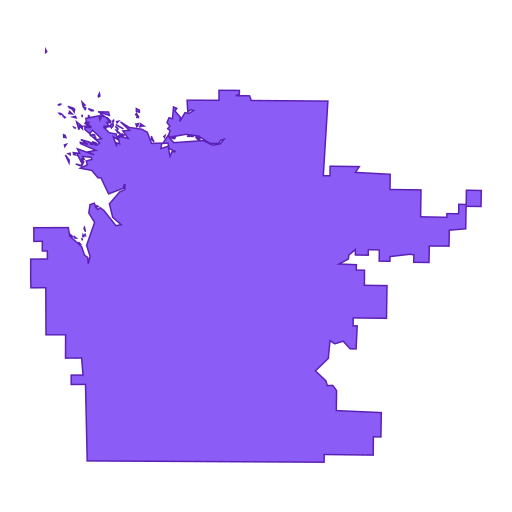 Derby-West Kimberley, Western Australia, Australia (Albers equal-area conic projection)
{"feature_id": "25037944B76695994650709", "entity_name": "Derby-West Kimberley", "entity_type": "district", "adm_level": 2, "iso_a3": "AUS", "parent_name": "Australia", "parent_adm1": "Western Australia", "projection": "albers", "projection_center": [123.97, -17.504], "detail": "fine", "context": "isolated", "style": "filled", "palette": "violet", "viewbox_px": 512, "rotation_deg": 0, "n_neighbors": 0, "source": "geoboundaries", "source_scale": "gbopen_adm2", "svg_char_len": 5933}
<svg xmlns="http://www.w3.org/2000/svg" viewBox="0 0 512 512"><path d="M87.2,460.9L324.1,462.2L324.2,454.5L373.2,455.1L373.4,436.8L380.9,436.9L381.3,412.6L336.3,410.6L336.6,390.7L332.7,385.4L327.3,385.6L325.9,380.8L315.4,370.9L328.3,358.4L330.0,340.7L334.8,343.8L343.2,341.2L350.1,348.8L356.1,348.9L357.2,325.9L353.1,325.9L353.2,317.9L386.5,318.3L387.0,285.6L364.4,285.3L364.5,270.2L356.3,270.1L356.4,264.7L339.1,264.0L348.4,259.0L348.8,255.1L355.3,249.6L355.4,255.0L368.3,255.2L368.3,249.7L379.3,249.9L379.2,261.1L389.9,261.3L390.0,256.6L409.5,254.3L413.9,254.8L413.7,262.3L429.0,262.5L429.3,246.0L449.0,246.1L449.3,230.2L465.7,228.8L466.1,206.3L481.0,206.5L481.3,190.5L466.4,190.2L466.2,204.5L458.8,204.3L458.6,213.8L446.9,213.6L446.8,217.3L420.6,216.8L421.0,189.9L390.0,189.5L390.2,174.3L355.4,172.4L359.3,166.6L330.1,166.2L330.0,175.8L323.3,175.7L327.9,101.1L251.2,100.5L249.6,95.8L235.6,95.7L239.3,94.3L239.4,90.4L219.0,90.3L219.0,100.3L187.1,100.2L187.8,112.0L190.7,109.6L193.6,110.5L188.9,113.5L185.0,112.6L179.8,121.5L180.4,117.3L174.9,110.9L176.8,108.4L173.5,107.0L172.5,118.7L169.0,117.8L167.0,122.6L169.9,126.1L167.6,128.7L170.1,130.6L168.5,135.2L170.2,137.1L186.0,134.3L198.1,135.9L210.1,143.4L218.6,143.4L220.6,140.3L224.0,139.3L220.2,143.9L212.6,145.2L203.2,140.6L173.9,142.7L167.8,135.9L162.8,143.5L167.9,143.1L169.3,148.7L175.8,151.7L172.0,151.7L170.0,156.3L168.1,146.2L161.0,148.6L161.6,143.1L151.5,143.4L147.3,132.2L141.8,129.2L129.4,127.5L120.5,121.9L129.5,130.3L122.9,130.9L128.2,138.4L123.7,137.3L118.0,131.6L121.3,136.6L118.2,135.6L120.5,137.7L118.0,136.7L119.6,143.8L116.3,142.8L116.7,146.3L113.3,136.8L117.2,139.2L116.2,134.0L109.3,132.8L103.8,127.4L104.0,126.3L107.4,126.2L108.0,127.3L108.0,125.3L109.4,127.4L106.8,122.5L111.1,122.9L109.3,121.8L106.7,117.8L100.0,113.5L102.6,116.4L100.0,116.1L101.1,117.5L99.9,119.9L99.1,115.8L85.9,118.3L86.3,122.0L90.0,122.6L86.2,122.6L91.5,127.3L87.5,125.6L89.8,127.5L84.9,127.4L84.9,129.5L89.7,133.6L92.5,130.2L101.4,138.7L96.2,139.8L95.7,137.7L92.8,137.1L99.5,143.0L96.4,145.3L92.8,143.9L92.0,144.6L90.7,144.2L89.7,142.1L80.8,139.6L88.1,144.4L80.3,142.3L80.5,143.6L95.9,150.3L88.2,151.8L94.2,154.9L77.4,148.8L79.7,153.4L72.5,152.5L76.9,153.7L81.2,161.9L81.8,158.7L84.2,159.3L82.6,156.4L91.4,157.4L91.8,159.4L86.3,161.0L87.3,164.8L80.3,168.2L91.7,170.4L98.0,177.8L101.0,177.9L108.6,193.9L123.7,188.1L123.8,185.1L125.0,184.7L124.7,189.7L119.8,191.8L109.4,203.8L112.7,217.3L121.1,224.7L115.9,225.7L103.9,210.5L100.3,207.8L97.9,209.5L95.9,207.5L94.3,203.2L90.0,204.6L88.8,213.0L94.6,222.4L86.6,245.3L90.1,256.6L88.2,263.7L87.8,257.5L84.5,255.1L81.6,246.6L69.7,236.1L68.3,227.6L33.8,227.7L33.9,241.4L42.3,241.3L42.3,251.0L47.3,251.0L47.4,259.0L30.7,259.1L30.7,278.2L30.9,287.8L45.8,287.7L46.0,334.8L65.6,334.8L65.5,358.1L81.6,358.0L83.0,375.1L71.2,375.1L71.2,384.5L85.5,384.4L87.2,460.9ZM98.0,111.8L109.4,115.4L108.5,112.0L98.0,111.8ZM76.6,121.9L78.9,129.7L79.7,126.0L83.1,127.1L76.6,121.9ZM65.4,155.0L69.0,162.7L69.2,160.1L65.4,155.0ZM75.7,164.0L81.5,166.2L83.3,163.1L80.9,165.4L75.7,164.0ZM119.3,126.7L123.5,128.9L115.8,124.5L119.3,126.7ZM136.4,111.4L139.4,112.2L139.4,110.2L136.3,108.6L136.4,111.4ZM154.0,141.9L152.3,138.5L151.4,136.1L151.6,139.5L154.0,141.9ZM82.9,106.3L85.6,110.2L84.9,108.2L86.3,108.3L82.9,106.3ZM84.0,228.4L85.5,231.7L84.5,227.4L84.0,228.4ZM111.4,128.0L113.2,125.8L113.2,124.2L112.7,123.3L110.1,125.5L111.4,128.0ZM139.8,126.8L140.7,126.7L140.7,126.1L143.9,126.0L140.7,123.9L139.8,126.8ZM138.9,117.3L136.4,113.5L135.7,114.7L138.9,117.3ZM93.9,110.6L88.3,108.6L91.3,110.9L93.9,110.6ZM189.6,135.6L187.0,136.3L193.8,136.5L189.6,135.6ZM82.1,102.1L82.9,105.5L85.0,105.1L82.1,102.1ZM199.9,139.7L199.8,137.5L196.7,138.4L197.6,139.3L199.9,139.7ZM115.3,126.3L118.2,129.6L117.9,128.4L115.3,126.3ZM65.9,137.6L65.1,135.4L63.6,134.7L63.7,137.3L65.9,137.6ZM82.4,128.9L82.2,127.6L80.8,126.9L80.3,126.9L82.4,128.9ZM68.9,113.5L72.2,113.9L69.6,111.4L68.9,113.5ZM74.2,112.0L74.6,109.2L73.2,108.1L72.4,109.4L74.2,112.0ZM118.6,121.2L116.6,121.6L117.1,122.8L118.6,121.2ZM62.3,115.3L64.7,117.8L65.3,117.3L62.3,115.3ZM106.9,117.3L108.9,120.9L110.5,120.9L106.9,117.3ZM66.3,144.3L64.4,144.9L64.8,146.5L66.3,144.3ZM90.5,135.6L92.6,135.9L89.9,134.0L90.5,135.6ZM81.8,114.8L82.2,117.1L82.4,115.7L81.8,114.8ZM75.5,116.3L72.8,117.0L76.1,117.9L75.5,116.3ZM96.3,207.1L98.2,206.6L96.9,205.7L96.3,207.1ZM82.7,160.1L82.5,162.8L83.8,161.9L82.7,160.1ZM70.5,236.2L72.6,236.6L70.3,234.5L70.5,236.2ZM197.2,137.7L198.0,136.4L196.1,137.1L197.2,137.7ZM46.7,51.7L45.8,49.8L45.6,52.5L46.7,51.7ZM99.4,93.4L98.2,96.0L98.6,96.9L99.9,96.0L99.4,93.4ZM172.3,138.2L174.5,138.8L175.5,137.0L172.3,138.2ZM88.5,115.0L88.5,116.5L89.4,116.9L88.5,115.0ZM61.4,103.8L57.8,104.8L59.6,105.1L61.4,103.8ZM68.2,153.7L70.2,154.8L70.0,153.2L68.2,153.7ZM94.9,136.1L94.6,134.9L92.1,134.3L94.9,136.1ZM92.1,141.6L94.7,143.4L96.4,143.5L96.0,142.9L92.1,141.6ZM73.9,127.3L74.3,127.9L76.0,128.1L73.9,127.3ZM74.8,238.0L76.1,238.1L74.7,236.9L74.8,238.0ZM68.9,107.5L71.9,109.0L71.1,108.2L68.9,107.5ZM85.0,123.5L87.9,125.2L84.6,122.9L85.0,123.5ZM113.0,122.2L113.4,121.8L113.8,119.6L112.7,121.2L113.0,122.2ZM104.3,126.9L105.7,128.3L106.3,127.6L104.3,126.9ZM91.2,143.0L92.0,144.4L92.6,143.7L91.2,143.0ZM116.1,130.1L118.1,133.2L117.2,130.5L116.1,130.1ZM136.2,124.9L136.8,126.6L137.6,126.1L136.2,124.9ZM122.1,134.3L124.7,135.6L121.6,133.6L122.1,134.3ZM82.8,236.6L83.7,236.6L83.0,235.1L82.8,236.6ZM79.1,243.6L80.2,243.8L78.5,242.1L79.1,243.6ZM81.8,238.7L82.6,240.4L81.8,238.1L81.8,238.7ZM84.6,126.2L86.6,127.2L87.2,126.0L84.6,126.2ZM72.4,107.8L67.8,106.4L68.8,106.9L71.4,107.8L72.4,107.8ZM61.8,114.2L60.0,113.3L59.1,113.3L60.4,114.6L61.8,114.2ZM75.0,154.8L74.2,154.1L73.0,154.4L75.0,154.8ZM165.0,135.6L163.9,136.5L164.5,137.4L165.0,135.6ZM84.4,235.1L85.3,235.6L85.0,234.4L84.4,235.1ZM136.2,117.4L137.9,117.5L137.4,116.9L136.2,117.4ZM138.0,124.8L138.6,123.6L136.8,124.0L138.0,124.8Z" fill="#8b5cf6" stroke="#5b21b6" stroke-width="1.5"/></svg>